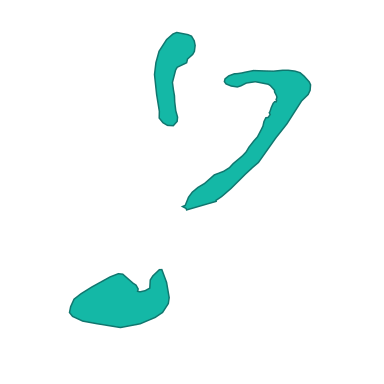 the district of Mwokilloa, Federated States of Micronesia, rotated 14°
{"feature_id": "79324940B30982255534478", "entity_name": "Mwokilloa", "entity_type": "district", "adm_level": 2, "iso_a3": "FSM", "parent_name": "Federated States of Micronesia", "parent_adm1": "", "projection": "mercator", "projection_center": [159.759, 6.679], "detail": "fine", "context": "isolated", "style": "filled", "palette": "teal", "viewbox_px": 384, "rotation_deg": 14, "n_neighbors": 0, "source": "geoboundaries", "source_scale": "gbopen_adm2", "svg_char_len": 1731}
<svg xmlns="http://www.w3.org/2000/svg" viewBox="0 0 384 384"><g transform="rotate(14 192 192)"><path d="M281.1,69.3L282.0,64.8L281.1,59.3L279.1,56.8L272.8,52.5L268.0,50.1L262.6,49.8L256.0,50.6L250.7,51.9L241.7,55.1L232.2,57.2L222.3,59.3L214.0,63.2L211.7,64.4L207.6,66.1L204.4,67.1L199.6,70.4L196.7,74.2L196.7,77.0L198.9,78.9L204.4,79.7L210.6,79.1L213.7,77.2L218.4,73.1L226.7,69.7L229.7,69.5L239.9,69.0L242.3,69.8L247.5,73.3L247.9,74.9L250.6,78.0L251.5,79.5L251.3,82.1L251.9,82.5L251.9,84.1L250.4,84.4L249.3,86.4L248.5,90.9L248.2,95.4L247.8,96.4L249.1,97.9L247.9,101.2L245.7,102.1L244.8,106.2L244.9,111.0L244.0,115.2L242.2,122.7L239.7,127.4L236.5,134.5L234.8,140.1L232.3,144.6L225.1,154.5L222.5,159.3L217.8,164.2L209.5,170.0L202.2,180.6L196.7,186.1L192.3,192.1L189.9,197.9L188.7,206.6L186.3,208.4L190.3,209.4L191.1,210.7L217.7,195.2L217.3,194.3L221.8,189.3L229.0,179.1L239.5,161.7L244.8,153.6L249.3,147.3L260.4,118.8L262.2,114.9L267.6,102.9L276.3,77.1L281.1,69.3ZM196.0,306.0L195.4,300.0L189.2,285.9L181.5,274.6L179.1,275.3L174.3,282.9L172.8,287.4L174.3,295.5L170.4,299.1L165.6,301.5L163.2,301.5L163.2,299.1L160.2,295.9L156.7,294.7L144.7,288.5L140.3,289.1L133.1,294.2L117.9,308.3L108.9,317.6L103.5,324.5L102.0,332.6L102.3,338.6L106.2,341.6L117.2,343.7L131.5,342.8L155.4,340.8L173.6,332.4L186.7,322.5L192.6,315.9L196.0,306.0ZM157.8,132.2L160.5,127.1L159.9,122.9L156.6,117.1L153.4,108.7L151.7,102.9L149.3,97.5L146.5,90.4L146.6,77.5L147.5,74.5L155.5,67.9L155.5,64.0L159.4,58.3L160.3,55.0L159.6,49.1L157.6,44.8L153.8,40.9L149.9,40.3L138.6,40.9L135.3,43.3L130.5,50.2L126.0,63.4L125.7,75.1L127.2,87.1L134.0,105.7L140.8,121.6L142.3,128.2L147.1,131.8L152.1,133.3L157.8,132.2Z" fill="#14b8a6" stroke="#0f766e" stroke-width="1.5"/></g></svg>